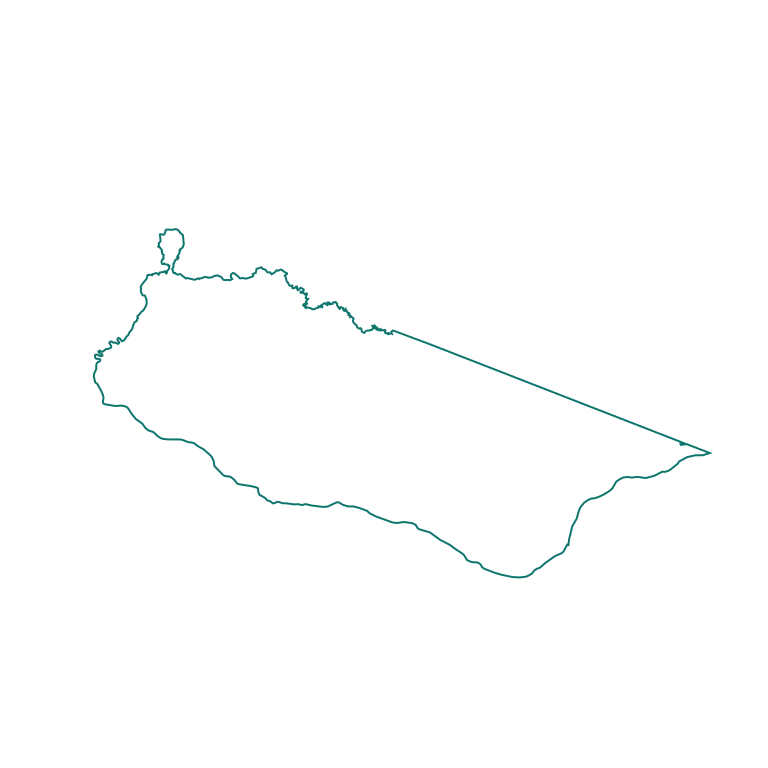 the district of Yondó (Casabe), Antioquia, Colombia, rotated 63°
{"feature_id": "7082276B5745739675661", "entity_name": "Yondó (Casabe)", "entity_type": "district", "adm_level": 2, "iso_a3": "COL", "parent_name": "Colombia", "parent_adm1": "Antioquia", "projection": "orthographic", "projection_center": [-74.31, 6.963], "detail": "fine", "context": "isolated", "style": "outline", "palette": "teal", "viewbox_px": 768, "rotation_deg": 63, "n_neighbors": 0, "source": "geoboundaries", "source_scale": "gbopen_adm2", "svg_char_len": 6165}
<svg xmlns="http://www.w3.org/2000/svg" viewBox="0 0 768 768"><g transform="rotate(63 384 384)"><path d="M340.4,351.7L340.4,352.7L341.1,353.9L342.8,354.2L341.6,355.2L341.8,356.7L341.4,357.7L340.5,357.3L339.9,359.1L339.1,359.7L337.6,359.6L337.2,358.5L336.5,358.4L335.2,361.2L333.9,361.9L334.8,362.6L333.6,364.3L332.7,363.7L332.2,363.8L332.5,365.3L332.2,365.8L330.7,365.1L330.8,366.2L330.4,366.6L329.7,365.3L327.4,365.9L327.5,366.4L328.7,366.4L329.1,366.8L327.7,367.0L327.1,367.9L328.3,367.9L329.8,369.1L330.3,370.4L329.7,371.5L329.8,372.9L328.9,374.1L328.6,376.6L329.5,378.3L328.2,379.6L327.2,379.9L324.4,379.2L323.5,379.7L323.5,380.8L321.6,382.1L319.0,381.7L318.1,382.4L315.2,383.3L313.7,383.1L311.8,381.4L309.3,382.5L309.1,383.7L308.0,383.0L306.8,384.2L306.1,382.9L305.2,382.8L304.9,383.0L305.4,383.5L305.2,383.9L303.7,384.2L301.4,384.0L301.1,385.7L299.6,384.5L299.8,386.5L298.9,386.6L297.8,386.0L296.0,387.4L295.7,388.1L296.9,389.0L296.9,389.5L292.6,390.1L291.3,389.2L290.3,389.8L289.0,389.8L288.3,392.4L289.3,393.6L288.7,394.3L288.4,396.5L287.9,397.1L287.4,395.7L286.8,395.7L285.7,397.4L287.7,398.8L284.9,400.3L285.4,404.2L286.9,403.8L287.5,404.3L285.1,406.9L286.1,407.2L286.2,407.7L285.7,409.4L285.6,412.6L285.0,413.7L283.3,414.9L280.7,417.7L281.0,419.1L277.1,420.2L276.5,419.4L276.6,418.7L278.5,419.3L279.0,419.1L278.7,418.4L277.3,417.6L277.5,416.1L275.4,416.5L273.7,413.0L272.8,414.5L272.1,414.8L270.1,413.4L269.1,411.9L268.3,411.7L268.0,412.3L268.0,413.9L265.9,414.4L265.3,416.2L264.7,416.8L263.9,416.3L264.9,414.3L263.9,412.8L263.2,412.7L260.5,414.4L260.7,416.1L261.4,417.1L261.3,418.2L259.2,418.3L258.4,417.4L257.6,417.4L257.3,417.9L257.8,420.2L257.5,421.6L256.7,422.1L254.9,421.0L254.3,421.5L254.2,422.7L253.5,423.5L252.1,423.7L250.7,423.4L248.4,424.1L243.8,423.0L242.6,423.3L242.0,422.0L242.0,420.6L241.2,420.2L238.2,422.3L235.8,423.2L235.2,424.0L235.0,426.9L233.9,428.1L234.9,430.5L235.2,434.3L232.8,434.8L231.6,437.2L228.4,437.7L226.0,440.0L224.3,440.3L223.6,445.3L226.8,447.8L226.3,450.9L228.1,451.2L228.6,451.9L227.9,457.5L226.8,460.3L225.6,461.4L224.5,464.4L221.5,465.3L217.3,467.2L216.5,468.4L216.9,470.3L217.9,471.3L219.5,471.9L221.6,471.6L221.7,474.0L220.5,475.5L219.4,478.3L218.3,479.7L214.8,480.5L211.7,483.0L210.6,486.4L210.9,488.8L209.4,492.5L207.6,494.3L206.9,496.9L207.1,498.1L206.4,500.1L206.6,500.9L205.7,501.2L205.1,505.5L200.1,511.4L200.0,512.7L193.8,515.5L193.2,516.5L193.0,518.1L191.4,519.4L190.3,519.6L189.5,521.1L185.3,520.5L185.0,519.5L183.1,517.7L181.4,517.2L180.4,515.3L179.1,514.2L178.7,513.2L179.1,511.7L178.6,510.4L177.4,510.8L177.4,509.6L176.4,509.9L174.1,506.4L172.8,505.9L172.6,505.1L171.7,505.2L171.0,501.6L168.7,499.0L160.1,495.6L156.4,497.1L154.0,497.3L152.1,498.5L151.0,500.2L150.6,502.5L148.0,506.8L147.7,508.1L148.0,509.1L149.4,510.0L150.9,511.8L150.9,512.7L148.9,515.3L149.0,515.8L155.1,518.1L155.8,519.0L156.2,520.7L158.5,521.7L159.0,522.8L159.7,522.6L160.3,521.7L161.8,521.6L162.7,521.2L164.5,521.3L165.0,521.9L166.6,522.0L167.3,522.5L169.1,521.7L170.3,522.8L171.5,523.0L171.9,524.0L172.6,524.1L172.8,525.5L173.4,526.3L174.6,527.0L176.2,527.1L176.9,526.6L177.0,525.0L177.7,524.9L179.8,522.2L180.3,522.3L181.1,521.7L181.4,522.3L182.1,522.1L183.7,523.2L185.2,526.5L186.4,527.0L186.7,527.8L185.0,528.3L184.7,527.2L184.0,528.1L184.2,529.0L182.9,533.3L184.3,535.1L183.8,535.5L183.2,535.1L181.5,537.0L181.5,539.1L180.9,540.3L181.8,541.3L180.8,542.2L180.3,543.9L179.6,544.5L179.7,545.4L182.4,547.6L184.9,553.4L186.3,555.8L187.7,557.1L188.6,557.1L190.1,558.1L192.5,558.9L195.4,558.7L196.7,556.9L200.6,557.2L204.6,558.9L206.9,561.4L209.3,565.3L209.5,567.3L211.4,571.3L211.3,572.5L212.0,573.2L213.6,573.2L213.9,574.3L215.4,575.4L215.8,578.1L216.4,579.2L220.7,583.5L222.6,587.7L224.3,589.6L224.9,592.0L227.2,596.0L226.8,598.1L223.7,598.7L222.7,599.3L222.5,600.3L223.0,601.2L224.5,601.5L226.6,601.0L227.3,601.5L227.5,602.4L227.1,603.2L225.1,604.6L224.3,606.4L222.5,607.5L222.0,608.5L222.2,609.5L223.1,610.2L225.8,609.8L227.3,610.3L227.7,611.0L227.6,613.7L226.6,615.8L227.5,619.7L227.2,620.7L225.0,622.4L225.2,623.4L225.8,623.9L226.9,623.7L229.5,621.8L230.7,621.8L231.0,622.3L230.4,624.0L227.4,626.6L226.9,628.0L228.0,629.0L230.1,629.3L231.0,628.8L232.4,626.2L233.3,625.8L234.2,626.1L234.7,627.1L234.7,629.6L235.3,630.7L236.7,631.9L240.1,633.6L243.1,637.5L245.7,639.2L251.3,640.6L253.9,639.4L261.9,639.1L266.1,639.4L268.8,640.1L272.5,642.7L274.0,642.9L275.4,641.8L281.7,633.3L283.9,628.0L285.8,625.4L287.9,623.6L290.2,622.9L296.0,622.4L302.6,621.0L309.4,617.4L315.3,616.5L318.2,615.1L322.6,611.0L327.4,609.5L330.9,607.5L332.5,605.9L335.1,602.0L341.1,590.4L343.4,587.9L346.8,585.0L348.8,581.9L350.6,580.1L355.6,577.6L360.3,574.4L368.3,571.2L370.9,570.6L374.1,570.6L375.9,570.9L380.1,572.4L392.0,568.7L393.8,567.5L396.1,563.9L397.4,562.7L401.3,560.9L405.6,560.1L407.2,559.0L415.5,547.7L418.8,544.1L419.8,543.7L423.4,545.1L426.2,545.2L431.9,541.5L434.9,540.7L436.8,538.6L440.0,537.1L440.5,535.4L440.4,533.1L441.1,531.5L444.3,528.4L445.7,525.6L450.6,518.5L452.3,514.7L454.5,512.4L455.4,508.4L459.6,503.4L466.1,493.7L467.6,489.8L468.0,479.7L469.2,477.8L473.0,475.5L476.6,471.8L479.6,466.3L483.7,461.8L489.5,456.6L492.9,455.4L498.7,451.0L511.1,439.4L513.8,435.5L515.9,429.1L520.6,422.3L523.9,419.7L527.4,419.5L529.1,418.9L537.2,410.4L548.6,404.6L557.3,398.3L562.5,395.8L570.8,391.1L573.2,390.3L578.3,390.0L579.6,389.2L582.6,386.6L585.2,382.1L586.2,381.2L587.5,380.3L589.1,379.8L591.5,379.8L593.8,378.8L602.0,371.5L607.4,365.8L614.6,356.8L618.0,350.8L620.2,344.8L620.3,342.6L620.1,338.3L618.3,334.6L618.1,331.3L618.5,328.6L616.7,321.5L615.2,311.5L615.0,308.7L615.4,302.6L614.9,300.3L610.3,293.7L611.2,292.8L606.3,289.5L596.3,280.9L591.4,273.4L586.1,268.6L583.2,265.3L581.8,262.3L580.6,259.4L580.1,256.3L580.1,251.8L581.6,247.5L582.1,243.0L582.2,237.4L581.6,231.0L580.5,227.6L576.5,221.5L575.9,217.5L575.9,213.2L577.6,208.8L579.7,206.1L581.9,200.2L586.5,193.7L588.5,185.0L588.5,175.9L590.0,173.2L590.5,168.8L588.4,158.6L587.0,156.1L586.8,146.9L588.8,139.1L592.2,132.3L593.4,125.1L575.0,141.6L573.0,147.1L572.2,147.0L573.2,145.7L573.2,144.5L573.9,142.7L368.7,325.7L340.4,351.7Z" fill="none" stroke="#0f766e" stroke-width="2"/></g></svg>